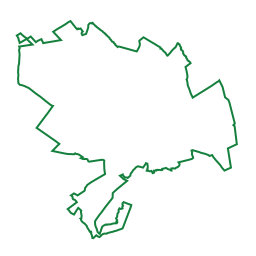 outline of Calarasi, Botosani, Romania, rotated 178°
{"feature_id": "2599482B93043559346462", "entity_name": "Calarasi", "entity_type": "district", "adm_level": 2, "iso_a3": "ROU", "parent_name": "Romania", "parent_adm1": "Botosani", "projection": "robinson", "projection_center": [27.271, 47.62], "detail": "fine", "context": "isolated", "style": "outline", "palette": "green", "viewbox_px": 256, "rotation_deg": 178, "n_neighbors": 0, "source": "geoboundaries", "source_scale": "gbopen_adm2", "svg_char_len": 5758}
<svg xmlns="http://www.w3.org/2000/svg" viewBox="0 0 256 256"><g transform="rotate(178 128 128)"><path d="M235.9,224.3L235.3,223.3L234.3,221.4L234.1,219.5L233.5,218.1L233.3,216.8L226.2,220.5L220.5,214.7L233.9,213.2L233.5,211.9L233.4,211.5L233.6,211.0L234.0,210.4L234.1,210.0L234.1,208.7L233.8,206.6L233.8,204.9L234.7,195.7L235.2,194.4L235.4,193.2L235.9,187.7L235.7,185.0L235.8,183.6L236.2,181.1L235.9,176.5L234.7,175.1L234.4,174.9L232.5,174.5L230.1,173.6L225.6,171.3L219.3,166.0L214.1,162.0L209.2,157.7L204.9,154.1L203.3,153.0L202.3,152.7L208.2,145.0L209.1,144.0L219.3,131.3L200.9,117.5L197.2,114.5L199.3,112.6L204.4,107.7L192.9,104.9L189.1,104.1L184.5,103.8L182.8,103.6L181.7,104.5L180.5,103.8L179.4,103.7L178.1,103.2L174.3,100.5L176.1,99.5L174.6,98.8L173.8,98.5L170.5,98.5L170.0,98.3L169.6,98.0L168.8,96.1L168.1,95.7L155.9,97.1L154.9,97.1L154.0,97.0L153.2,96.6L152.9,96.4L153.1,94.1L153.1,87.9L152.6,82.7L162.3,77.5L167.0,74.9L170.7,72.5L171.9,70.8L173.1,69.4L173.2,67.9L173.5,67.0L173.7,66.7L180.3,62.7L180.7,62.4L184.3,64.5L187.3,62.6L186.5,62.1L185.9,61.3L185.8,60.3L185.8,59.6L185.2,58.6L183.9,58.2L183.3,57.7L182.7,57.0L181.7,55.6L191.1,49.1L190.1,48.0L188.8,46.1L187.9,45.0L185.0,43.4L182.1,47.7L180.5,49.9L177.6,47.1L178.0,45.9L178.0,45.5L177.4,42.1L177.8,39.3L178.6,39.1L178.2,38.6L178.0,37.2L176.8,35.6L174.4,33.7L172.7,31.6L172.2,30.1L169.7,25.6L169.0,25.8L168.7,25.8L168.5,25.6L168.3,24.9L168.6,23.8L167.8,22.0L167.8,21.6L167.4,19.3L166.4,19.1L165.8,19.8L163.4,21.9L162.4,21.0L160.5,20.0L160.3,20.0L159.8,20.3L158.5,21.6L156.6,23.0L154.8,23.3L153.4,23.1L151.8,23.8L148.2,24.6L146.9,24.8L145.1,25.4L143.4,25.7L140.4,26.7L137.9,27.4L137.0,27.8L136.6,28.5L128.1,48.7L127.4,50.9L134.9,54.0L135.0,53.7L135.9,53.2L136.3,52.0L135.9,51.1L135.6,50.6L135.7,50.3L136.3,49.9L136.4,49.6L136.5,49.0L136.2,47.9L136.5,47.7L138.0,47.3L139.3,48.0L140.3,46.5L140.3,46.3L140.2,45.0L140.3,44.2L141.4,42.9L141.9,40.4L141.9,39.7L142.0,39.5L142.8,38.6L143.1,38.0L142.1,36.5L142.1,36.2L142.1,35.7L142.7,35.3L142.9,35.0L142.9,34.4L142.8,34.2L142.6,34.0L142.1,33.9L142.5,33.2L143.4,33.1L144.2,33.3L144.7,33.2L147.0,32.9L148.1,32.5L149.2,32.3L150.9,32.4L152.0,32.1L152.8,32.1L152.9,32.3L153.2,32.2L154.0,32.2L154.4,31.8L155.7,31.4L157.2,30.2L157.6,29.7L157.7,28.8L158.5,27.2L158.8,25.8L159.3,25.0L160.0,23.2L160.5,23.5L162.1,25.3L162.2,26.1L162.6,27.2L163.0,29.0L163.6,30.1L164.2,32.6L164.2,35.9L163.3,37.3L159.5,42.3L156.9,45.3L153.5,49.7L146.1,58.4L145.8,59.0L145.8,59.4L145.5,63.5L144.3,64.6L140.2,68.0L130.7,75.2L134.3,77.2L137.7,80.6L134.9,81.7L134.9,81.4L134.3,80.4L133.0,78.9L131.5,78.5L130.7,78.6L130.0,78.1L127.4,80.2L126.9,82.3L125.2,84.2L124.9,84.8L124.1,85.9L122.5,87.2L121.6,88.3L120.7,88.8L119.4,89.4L114.3,87.9L113.3,89.3L111.7,91.4L111.3,92.2L109.9,91.7L109.8,90.3L109.6,89.3L109.7,87.3L110.2,86.3L109.9,86.0L110.7,84.7L107.3,83.9L106.0,84.3L105.4,83.3L105.2,82.4L104.9,82.0L103.9,82.3L103.8,82.6L103.4,82.7L103.4,84.5L101.2,84.5L101.1,85.0L100.6,84.9L100.2,85.2L95.7,84.7L95.2,84.9L95.1,85.2L95.2,86.0L92.7,86.4L91.7,86.8L91.0,86.6L90.0,85.7L88.5,85.2L88.0,84.9L87.1,84.6L86.3,83.9L86.0,83.9L86.1,85.5L86.1,86.0L85.7,86.0L85.1,86.2L82.3,85.8L81.5,86.5L80.3,87.0L78.8,87.8L77.9,89.2L77.7,90.1L77.8,90.6L78.7,91.9L67.9,94.2L64.9,95.0L63.9,96.0L64.4,97.7L64.9,99.0L65.0,99.6L64.8,101.6L65.3,103.3L64.2,103.6L57.5,101.4L56.0,100.7L54.7,100.3L51.7,99.5L50.0,98.7L48.6,98.2L47.5,97.2L44.8,98.0L43.6,95.8L41.5,93.0L37.3,88.0L35.5,85.1L33.1,82.1L26.5,84.8L28.9,104.1L19.8,108.0L21.4,126.2L22.6,127.2L21.1,128.7L25.8,150.1L26.7,152.5L29.9,155.3L32.1,165.8L35.1,172.4L35.9,171.5L37.3,170.9L43.2,167.1L62.3,156.1L63.0,157.9L63.9,159.7L65.6,165.4L66.8,168.5L66.9,170.6L67.2,172.5L67.4,173.8L67.8,174.3L67.2,175.4L66.8,176.6L66.8,177.7L66.9,179.1L67.4,182.6L68.4,187.0L63.2,190.6L63.6,191.5L64.6,192.4L65.0,192.6L65.2,193.0L65.8,193.3L66.2,193.7L66.4,194.6L66.8,195.1L66.9,195.6L67.5,196.3L67.5,196.7L67.4,197.3L68.0,198.0L68.8,198.2L69.4,198.9L69.4,199.2L69.9,199.8L70.3,200.5L70.1,201.2L70.3,201.8L70.3,202.1L70.8,203.1L70.8,203.4L71.8,203.9L72.0,204.5L72.4,204.7L72.5,204.9L72.4,205.5L72.1,205.8L72.2,206.8L72.9,207.5L73.3,209.0L73.6,209.3L73.7,209.8L74.0,209.7L74.9,210.3L75.0,210.9L75.5,211.0L77.8,206.8L78.2,206.7L79.2,205.9L81.6,203.6L83.5,201.3L85.5,199.3L85.9,198.9L86.1,198.9L86.3,199.0L87.1,200.3L87.2,200.7L88.0,201.8L89.1,203.1L89.7,203.4L90.2,204.0L90.3,204.3L90.6,204.6L91.2,205.5L91.5,205.8L92.7,206.2L92.4,206.6L92.8,207.4L96.5,209.7L97.5,210.5L101.2,212.8L109.2,218.0L109.4,218.1L111.0,216.8L113.2,215.2L113.7,214.6L113.7,214.3L113.3,212.4L113.3,210.6L113.5,209.8L114.3,207.9L115.5,206.0L116.3,204.5L116.6,204.2L133.7,209.6L134.9,209.7L135.6,209.3L135.9,209.9L136.7,210.4L136.9,210.7L137.2,210.9L137.4,211.3L137.7,211.5L137.9,211.7L137.9,212.2L138.1,212.6L139.0,213.2L139.1,213.6L139.4,214.3L139.8,214.3L140.1,214.7L141.1,215.1L141.6,216.0L141.7,216.4L142.2,216.8L142.6,217.4L143.2,217.9L143.3,218.6L143.4,218.8L143.8,219.1L144.0,219.5L145.0,220.2L145.8,221.3L146.3,221.4L146.3,221.8L147.2,222.8L147.9,223.1L148.0,223.5L148.4,224.0L148.7,224.1L149.6,224.7L150.1,225.6L152.3,227.0L152.6,227.6L153.9,228.4L154.2,228.7L154.3,229.0L155.0,229.4L155.2,229.7L155.5,229.8L156.2,230.6L156.4,230.6L156.7,231.1L157.4,231.5L157.9,232.3L158.5,232.8L159.0,233.1L159.3,233.9L160.0,234.4L160.6,233.8L161.5,234.1L162.4,234.1L163.3,233.3L164.1,232.3L164.3,229.6L166.6,223.5L170.4,222.4L171.1,224.1L170.7,225.3L169.8,226.0L171.9,229.1L173.9,228.6L174.4,229.2L175.4,228.5L176.8,230.1L181.8,236.9L184.5,235.5L186.2,234.3L190.4,231.9L195.1,229.4L199.4,226.8L191.9,218.2L209.8,215.8L209.9,216.5L210.9,218.4L211.4,219.8L215.3,218.2L217.1,217.0L222.0,222.8L225.6,220.7L229.0,223.3L231.0,225.2L232.1,226.4L235.9,224.3Z" fill="none" stroke="#15803d" stroke-width="2"/></g></svg>